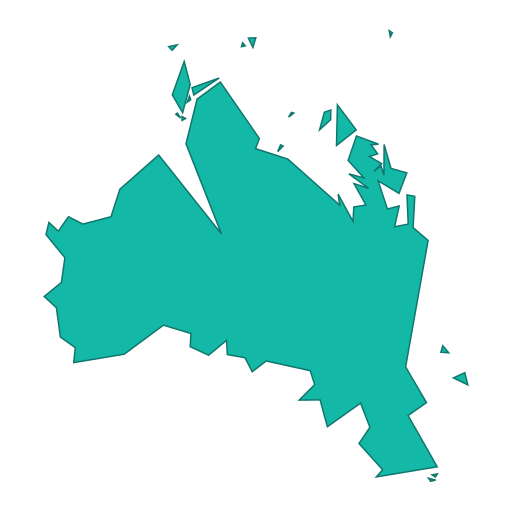 Livingstone, Queensland, Australia (Albers equal-area conic projection)
{"feature_id": "25037944B91391383703186", "entity_name": "Livingstone", "entity_type": "district", "adm_level": 2, "iso_a3": "AUS", "parent_name": "Australia", "parent_adm1": "Queensland", "projection": "albers", "projection_center": [150.606, -22.725], "detail": "medium", "context": "isolated", "style": "filled", "palette": "teal", "viewbox_px": 512, "rotation_deg": 0, "n_neighbors": 0, "source": "geoboundaries", "source_scale": "gbopen_adm2", "svg_char_len": 1897}
<svg xmlns="http://www.w3.org/2000/svg" viewBox="0 0 512 512"><path d="M124.2,354.2L163.4,325.2L191.0,333.5L190.2,346.7L208.6,355.2L226.6,340.3L227.3,354.6L245.0,357.7L252.2,371.7L266.2,361.0L310.2,370.7L314.7,384.6L299.2,400.1L320.1,399.9L327.4,426.7L360.6,403.1L369.9,427.3L359.0,443.5L382.6,469.7L376.4,476.9L437.2,466.8L408.1,415.5L426.5,402.6L405.6,366.9L428.1,240.5L413.1,227.6L414.8,196.4L407.0,194.9L408.2,224.1L394.6,226.8L399.2,206.0L387.4,209.0L378.1,180.8L399.0,193.4L406.8,172.9L391.0,168.4L384.1,144.5L383.9,175.1L381.0,166.0L373.7,171.5L381.7,163.7L369.4,156.5L377.7,153.9L371.1,144.8L378.5,144.2L356.5,136.0L348.1,160.4L363.9,177.9L348.9,173.9L368.6,188.3L354.0,183.6L365.9,205.0L353.8,207.0L353.0,221.4L338.1,194.2L339.7,205.2L287.9,159.1L255.5,148.6L259.4,138.6L220.3,82.0L197.1,99.1L186.0,143.8L221.5,234.1L158.7,155.0L119.9,189.2L111.0,216.7L82.9,224.1L68.5,216.7L58.3,231.2L48.9,222.4L46.0,234.6L64.9,257.7L61.4,282.4L44.2,296.5L56.4,307.7L60.4,337.1L75.3,347.7L73.7,362.6L124.2,354.2ZM172.3,94.8L182.6,112.7L190.2,84.5L184.2,61.5L172.3,94.8ZM337.4,104.8L336.5,145.5L356.2,129.9L337.4,104.8ZM219.2,78.0L192.0,87.7L193.8,95.0L219.2,78.0ZM453.4,377.9L467.8,384.9L464.8,372.7L453.4,377.9ZM319.6,129.8L330.6,119.7L330.8,110.0L324.4,112.2L319.6,129.8ZM252.9,47.4L255.8,37.8L248.4,38.1L252.9,47.4ZM440.9,352.2L448.7,352.8L442.8,345.7L440.9,352.2ZM185.5,118.5L182.0,116.5L182.1,120.4L185.5,118.5ZM168.7,46.6L172.1,50.3L177.1,44.9L168.7,46.6ZM175.8,114.2L180.6,118.0L177.3,113.1L175.8,114.2ZM430.6,481.3L435.6,480.1L428.5,478.2L430.6,481.3ZM291.4,112.4L288.6,117.1L293.8,113.1L291.4,112.4ZM187.3,102.1L190.7,99.7L189.4,96.1L187.3,102.1ZM389.2,30.7L390.3,36.8L392.4,32.8L389.2,30.7ZM432.1,474.9L435.4,477.0L437.3,473.9L432.1,474.9ZM280.6,144.8L277.7,151.6L283.1,146.1L280.6,144.8ZM242.6,42.7L241.5,46.7L245.2,45.8L242.6,42.7Z" fill="#14b8a6" stroke="#0f766e" stroke-width="1.5"/></svg>